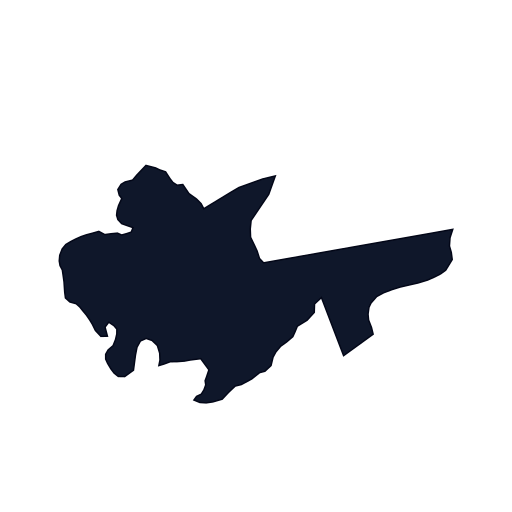 Salinópolis, Pará, Brazil (Natural Earth projection), rotated 248°
{"feature_id": "56859067B4042781644411", "entity_name": "Salinópolis", "entity_type": "district", "adm_level": 2, "iso_a3": "BRA", "parent_name": "Brazil", "parent_adm1": "Pará", "projection": "natural_earth1", "projection_center": [-47.351, -0.707], "detail": "fine", "context": "isolated", "style": "filled", "palette": "ink", "viewbox_px": 512, "rotation_deg": 248, "n_neighbors": 0, "source": "geoboundaries", "source_scale": "gbopen_adm2", "svg_char_len": 2051}
<svg xmlns="http://www.w3.org/2000/svg" viewBox="0 0 512 512"><g transform="rotate(248 256 256)"><path d="M207.0,448.4L211.4,427.3L226.8,354.8L246.8,260.5L252.4,258.3L260.2,258.9L266.2,258.6L275.4,258.0L283.2,260.8L290.8,264.8L308.4,290.9L323.0,303.9L324.9,291.2L325.2,283.9L325.7,270.9L325.9,265.9L324.6,257.1L319.4,225.3L325.1,224.7L331.1,222.2L339.0,217.2L349.7,214.9L351.2,209.4L355.3,206.5L360.0,205.2L367.9,203.7L372.0,198.9L375.3,195.9L381.2,187.9L375.8,176.0L372.6,170.0L373.7,162.4L373.0,157.8L369.4,152.8L363.6,152.0L359.6,153.1L354.3,147.5L350.1,144.2L346.0,142.0L341.5,141.6L336.3,143.6L332.4,148.0L328.4,152.6L324.9,149.3L325.2,144.5L325.8,139.3L329.1,136.1L330.9,130.1L332.5,123.8L337.7,119.5L338.4,112.9L339.2,106.6L339.5,101.2L339.3,95.4L338.8,89.7L337.9,84.0L335.2,79.0L330.2,74.3L325.1,71.7L320.5,70.7L315.6,71.2L309.1,69.6L303.9,68.3L299.4,66.8L294.2,65.1L288.5,63.6L283.1,66.2L279.1,71.4L274.8,73.5L270.1,74.9L264.8,76.6L258.9,77.9L254.0,78.7L247.1,79.2L239.6,82.1L237.3,88.2L246.6,89.4L249.8,94.7L244.6,98.2L240.3,99.6L235.8,97.7L231.1,94.4L226.4,89.9L224.3,83.7L221.2,79.8L216.7,78.0L212.0,78.2L205.6,79.2L200.5,80.6L195.9,83.2L193.4,89.1L194.8,94.7L196.0,99.6L209.4,107.2L216.0,111.5L220.5,117.0L220.7,123.3L216.6,128.0L209.9,131.0L202.0,130.3L195.5,128.0L190.8,124.9L190.3,130.1L190.1,136.9L187.6,143.3L185.4,150.2L184.2,156.1L181.5,166.3L168.1,169.7L162.6,165.0L159.4,162.1L155.3,161.1L151.3,157.5L148.4,153.5L148.1,148.3L145.7,144.5L141.2,149.1L138.5,154.8L136.9,161.3L135.9,171.0L139.8,179.4L143.2,188.0L142.3,194.2L143.6,206.0L146.5,215.7L145.8,221.1L148.8,228.9L155.8,233.9L159.6,238.5L163.1,245.1L164.8,252.1L167.4,259.9L171.1,263.8L175.4,268.0L177.3,279.3L181.9,288.9L189.6,292.3L193.0,301.1L130.8,299.9L139.6,335.3L146.5,336.3L154.4,336.4L160.1,338.1L166.1,341.5L169.3,345.0L173.2,352.7L174.1,360.6L173.9,369.4L173.2,378.0L171.8,386.9L170.3,396.1L169.4,406.2L169.7,414.3L170.3,420.6L171.8,426.6L179.2,436.6L186.1,438.4L192.8,439.1L200.2,442.7L207.0,448.4Z" fill="#0f172a" stroke="#020617" stroke-width="1.5"/></g></svg>